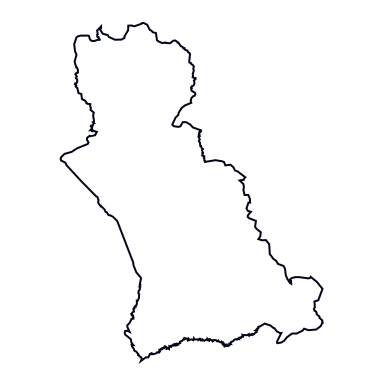 outline of Tolon, Northern, Ghana
{"feature_id": "2480657B36155100412367", "entity_name": "Tolon", "entity_type": "district", "adm_level": 2, "iso_a3": "GHA", "parent_name": "Ghana", "parent_adm1": "Northern", "projection": "albers", "projection_center": [-1.197, 9.557], "detail": "fine", "context": "isolated", "style": "outline", "palette": "ink", "viewbox_px": 384, "rotation_deg": 0, "n_neighbors": 0, "source": "geoboundaries", "source_scale": "gbopen_adm2", "svg_char_len": 5915}
<svg xmlns="http://www.w3.org/2000/svg" viewBox="0 0 384 384"><path d="M140.9,361.0L145.8,357.4L148.3,357.3L150.0,353.9L150.8,353.5L151.3,354.0L151.8,353.4L152.3,354.2L155.2,353.7L157.1,352.8L157.3,352.2L159.2,352.5L159.9,351.4L159.4,351.2L159.3,349.7L161.4,349.4L161.0,349.0L162.0,348.2L162.5,348.7L163.2,348.0L164.5,348.2L164.3,346.9L165.0,346.2L167.0,347.7L166.9,348.8L167.9,348.4L169.0,349.1L169.3,346.1L171.1,346.8L171.2,345.7L173.2,345.6L173.2,344.6L174.8,344.0L175.1,345.1L176.1,344.2L176.3,345.4L177.0,345.2L177.3,344.4L178.0,344.5L177.7,343.8L180.2,343.1L180.0,341.7L182.5,340.6L184.1,338.3L184.7,339.2L185.5,338.3L187.3,339.0L188.3,338.3L188.6,338.7L187.6,339.6L187.8,340.5L191.3,339.4L193.3,340.1L193.8,338.3L194.4,339.4L198.1,339.4L198.3,340.0L199.3,339.0L199.7,339.4L199.7,338.8L200.5,338.8L200.7,339.9L201.9,340.6L202.6,339.5L204.3,340.8L206.7,339.3L207.3,340.2L208.7,340.6L208.3,339.4L208.8,339.8L209.8,339.1L211.1,340.3L210.9,340.8L211.6,340.2L212.0,340.6L212.8,340.3L212.9,341.1L214.2,340.1L215.8,340.1L217.1,341.3L218.1,340.6L218.2,341.2L220.1,342.1L220.9,342.4L221.5,341.7L222.2,342.8L222.7,342.5L222.7,344.0L223.7,343.7L223.6,344.8L224.7,344.7L224.0,345.3L224.5,346.4L226.0,345.5L226.1,346.0L227.7,345.8L227.9,345.2L228.7,345.8L229.8,344.7L229.5,343.8L230.9,344.0L230.4,343.1L231.1,341.9L232.8,341.4L234.5,339.6L236.0,339.2L236.9,339.6L237.5,338.8L238.8,339.1L238.5,338.4L239.3,337.6L240.8,338.1L241.3,336.9L242.6,336.9L242.4,335.1L243.5,335.8L244.1,335.0L247.1,335.2L248.9,334.1L249.3,335.7L250.6,334.7L251.2,334.9L251.6,334.0L252.1,333.9L252.8,334.8L254.2,334.1L255.1,332.8L256.7,332.0L256.8,330.8L255.9,330.5L256.7,330.2L256.2,329.8L257.1,328.8L257.2,329.3L258.4,328.5L258.4,326.8L259.7,326.6L264.7,323.6L270.7,325.6L272.9,327.6L274.4,328.2L276.7,331.3L279.9,333.0L281.3,333.0L277.2,341.2L277.0,342.8L277.6,343.2L281.3,342.5L284.1,340.8L287.0,337.2L292.1,333.5L296.6,333.5L302.5,330.7L304.1,328.7L308.6,330.2L316.3,329.5L320.7,326.1L322.3,323.0L323.4,322.8L322.2,322.4L322.3,320.4L319.5,317.9L319.5,316.6L316.7,314.2L316.5,312.2L315.4,311.0L314.6,310.9L313.9,309.0L314.8,307.2L314.5,301.5L318.3,300.2L322.5,288.9L316.9,281.9L310.7,276.9L310.5,277.7L308.5,278.4L299.0,277.1L295.5,277.1L292.3,277.9L290.5,278.8L290.1,279.5L291.0,280.6L291.2,283.7L289.8,282.8L287.3,278.8L285.8,275.2L285.0,268.7L283.6,266.0L278.0,263.9L276.1,260.8L273.4,258.9L269.8,254.1L269.2,244.2L265.9,240.1L262.1,240.3L258.4,239.1L260.3,236.2L260.8,232.2L256.8,229.1L255.1,226.9L255.9,220.9L249.1,218.2L247.7,217.0L248.0,215.2L250.9,211.8L247.9,211.0L246.5,208.3L248.5,202.6L250.1,202.6L249.8,198.4L248.3,195.0L244.6,195.0L243.4,190.0L243.9,187.3L243.4,184.0L239.6,180.5L243.8,179.7L244.2,178.3L245.3,177.3L237.6,171.4L234.9,170.4L233.4,167.2L230.4,164.7L225.3,165.4L224.1,162.1L222.2,161.3L215.4,160.2L205.2,161.9L205.3,161.2L204.4,160.7L204.3,157.9L203.8,157.8L204.2,156.2L202.2,155.5L202.8,153.6L202.4,153.7L202.3,152.9L202.8,152.6L202.0,150.1L202.9,149.0L201.7,148.2L201.0,146.0L200.3,146.0L199.9,142.6L198.8,140.9L199.8,139.3L198.7,137.1L199.6,136.3L198.7,135.9L199.5,134.8L198.8,134.0L199.1,132.7L200.0,132.4L199.8,131.5L201.0,131.2L201.1,130.4L192.8,127.4L190.2,124.5L186.0,122.1L182.8,122.1L180.5,126.2L178.4,126.9L173.8,126.2L172.3,124.7L175.5,117.7L178.2,115.0L178.7,112.7L181.6,108.0L185.0,105.4L191.3,102.8L190.7,100.8L191.3,98.3L192.9,96.4L194.5,95.8L195.4,94.4L195.2,93.0L191.6,90.7L191.2,89.5L191.8,88.3L191.0,87.8L191.7,86.3L192.8,86.1L194.0,84.8L194.5,83.2L193.9,80.5L195.6,79.1L195.5,78.0L194.1,78.2L192.6,77.1L193.1,76.3L192.7,74.0L193.8,70.8L193.3,68.6L193.9,66.5L192.6,64.8L191.3,64.1L190.9,63.0L189.6,62.7L189.2,61.6L190.0,54.3L189.5,53.0L188.1,52.3L187.4,50.6L184.7,49.5L184.5,48.1L183.3,48.3L182.7,47.0L180.9,46.2L178.3,42.5L177.5,42.6L177.1,41.7L175.2,40.5L173.3,40.7L170.1,43.2L165.9,43.0L165.4,42.5L162.5,43.1L159.0,41.7L157.0,40.2L155.9,33.0L152.7,32.2L151.4,30.6L149.8,29.9L147.2,24.7L143.6,23.0L141.8,23.2L141.4,23.8L134.3,26.3L131.6,25.5L128.3,25.6L128.1,30.3L124.5,36.3L124.5,37.9L121.5,39.6L114.8,39.7L108.7,36.8L107.8,35.1L102.7,33.7L100.1,29.6L101.1,28.0L101.1,26.4L97.1,30.6L97.8,34.2L97.1,34.8L97.3,36.7L97.9,37.3L98.5,37.1L99.3,39.3L100.4,40.0L98.2,39.7L94.3,41.0L91.8,40.9L90.1,39.7L88.8,35.8L87.9,35.6L80.9,35.6L78.3,36.2L76.5,37.3L74.2,44.2L75.0,51.2L76.5,54.8L74.6,61.7L76.3,67.3L76.7,67.2L77.7,69.1L78.0,72.5L75.7,73.5L75.4,74.2L76.8,76.6L75.9,77.9L77.2,79.7L77.2,81.9L76.5,83.2L75.3,83.4L75.6,84.1L75.1,84.4L76.3,85.6L75.8,86.6L77.4,88.2L78.5,93.1L81.3,94.0L82.0,99.1L84.9,100.5L86.6,102.6L86.4,103.2L87.4,103.8L90.3,104.1L90.1,106.1L90.9,107.8L90.5,109.8L93.8,112.6L93.1,115.6L94.0,120.8L93.9,121.5L92.9,122.1L94.1,123.3L93.5,123.5L92.6,125.9L91.3,125.5L90.9,126.0L90.8,126.5L92.1,127.3L92.1,128.3L90.4,130.2L91.6,130.1L91.8,130.6L92.4,129.9L92.9,131.1L93.4,130.8L96.8,131.9L95.1,135.2L90.3,136.2L89.5,135.9L87.2,137.7L86.9,139.8L88.5,142.4L87.7,144.0L77.1,148.3L71.6,151.9L64.5,153.9L61.2,157.1L60.6,159.1L61.2,160.6L65.3,162.6L66.5,165.2L81.0,180.9L96.2,196.4L97.3,196.8L98.6,200.2L98.1,202.1L98.6,203.5L100.1,205.5L100.8,205.6L100.8,206.5L102.1,207.0L104.6,209.6L105.6,211.9L106.8,212.3L108.6,215.2L110.0,215.2L113.1,216.9L117.2,221.0L133.2,262.5L133.5,265.3L136.3,272.3L140.6,277.3L141.0,278.4L139.8,284.4L140.4,284.9L139.7,286.0L140.1,286.6L139.5,286.7L139.9,289.3L138.5,291.2L138.5,293.6L139.2,294.4L138.9,298.1L137.7,300.7L136.8,300.6L136.9,303.3L136.5,305.1L135.4,306.0L135.7,306.7L134.6,307.0L133.6,308.6L134.1,308.9L133.5,309.4L134.0,311.6L133.0,311.9L131.4,313.8L131.9,314.1L131.7,314.9L132.7,315.1L133.1,316.0L132.7,316.7L133.4,317.1L133.5,318.6L131.5,319.0L129.7,322.8L127.2,325.4L127.4,327.1L129.7,331.9L127.2,330.8L125.2,331.0L124.7,332.4L125.2,334.6L130.8,339.2L131.5,342.7L133.4,345.1L131.7,345.0L132.1,346.6L133.6,348.4L134.3,350.6L136.3,351.7L138.5,354.4L138.1,355.1L141.2,357.5L141.8,358.9L140.9,361.0Z" fill="none" stroke="#020617" stroke-width="2"/></svg>